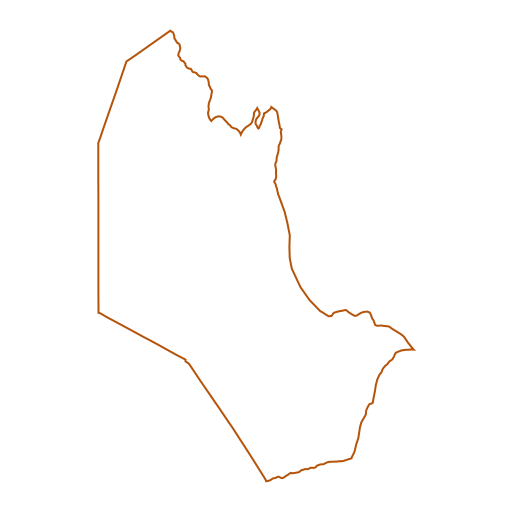 the district of Mandera West, North-Eastern, Kenya
{"feature_id": "3690345B48276245407304", "entity_name": "Mandera West", "entity_type": "district", "adm_level": 2, "iso_a3": "KEN", "parent_name": "Kenya", "parent_adm1": "North-Eastern", "projection": "equal_earth", "projection_center": [40.274, 3.456], "detail": "fine", "context": "isolated", "style": "outline", "palette": "amber", "viewbox_px": 512, "rotation_deg": 0, "n_neighbors": 0, "source": "geoboundaries", "source_scale": "gbopen_adm2", "svg_char_len": 6023}
<svg xmlns="http://www.w3.org/2000/svg" viewBox="0 0 512 512"><path d="M170.3,30.7L135.2,55.5L128.9,59.8L126.4,61.5L117.1,89.0L109.2,111.6L103.5,128.0L100.3,137.5L98.3,143.0L98.3,161.9L98.3,176.2L98.3,180.9L98.4,199.5L98.4,235.2L98.4,245.9L98.4,253.1L98.4,264.1L98.4,273.2L98.4,292.4L98.5,308.6L98.5,311.1L98.5,312.8L98.9,312.8L99.3,312.9L101.0,313.7L106.2,316.8L119.3,323.8L130.8,330.0L143.8,337.1L154.8,342.9L166.2,349.2L177.0,355.2L178.2,355.8L185.5,359.6L185.5,361.4L189.0,363.8L194.3,371.7L200.7,381.3L207.8,391.6L213.4,399.8L220.0,409.3L221.3,411.3L226.8,419.4L233.3,428.9L238.8,437.5L245.1,447.2L250.0,454.8L256.3,464.8L264.1,477.2L265.9,480.3L266.2,481.3L267.8,481.0L269.3,480.6L270.8,479.9L272.2,478.9L273.1,478.3L274.6,478.2L275.8,477.8L277.3,477.0L277.6,476.9L278.5,476.7L279.3,477.0L279.6,477.1L280.1,477.4L280.6,477.6L280.9,477.8L281.8,478.1L282.6,478.1L283.8,477.5L285.2,476.5L286.1,475.9L286.8,475.4L287.9,474.8L289.1,473.9L289.8,473.5L290.5,473.0L291.4,472.9L292.6,473.3L293.7,473.1L294.5,473.0L296.1,472.7L297.1,472.5L298.5,472.3L299.3,471.9L299.9,471.4L300.5,470.9L301.5,470.2L302.1,469.9L302.9,469.9L303.6,469.7L304.7,469.1L306.0,469.1L307.6,469.1L308.6,468.9L309.8,468.1L310.5,467.8L312.9,467.8L313.2,467.8L313.7,467.9L314.4,467.8L315.4,467.4L316.1,466.8L316.8,465.7L318.3,465.2L319.2,464.8L320.1,464.5L320.8,464.4L322.0,464.3L323.0,464.3L323.5,464.2L323.9,464.0L324.5,463.7L324.8,463.5L325.9,463.0L327.2,462.3L328.2,462.1L329.4,461.8L333.3,461.7L335.7,461.6L338.0,461.5L338.7,461.3L339.1,461.2L339.8,461.2L341.5,461.2L342.9,461.1L343.7,460.9L344.3,460.7L344.8,460.5L345.5,460.2L345.9,460.1L347.4,459.6L348.9,459.1L350.0,458.8L351.5,458.4L351.7,457.4L353.7,453.5L354.6,451.3L356.2,444.5L358.3,438.2L359.4,431.1L359.9,427.5L361.4,422.2L362.1,421.1L363.0,419.5L364.0,417.7L364.6,416.7L365.3,415.5L365.8,414.3L366.0,412.8L366.1,411.2L366.4,409.9L366.9,408.9L367.5,407.5L368.4,405.8L369.1,404.5L370.1,403.8L371.4,403.6L372.3,403.2L373.0,402.0L373.1,400.5L373.5,398.5L373.8,396.8L374.5,393.4L375.0,390.7L375.4,387.9L375.9,384.7L376.6,382.2L377.3,379.4L378.1,377.8L378.8,376.2L379.4,374.9L379.6,374.5L380.0,374.0L380.5,373.4L381.0,372.9L381.3,372.5L381.9,371.3L382.4,369.6L383.5,367.9L384.3,367.0L385.2,365.8L386.7,364.8L387.8,363.7L388.4,362.6L389.1,361.7L390.1,360.9L391.4,360.1L392.5,359.2L393.3,357.7L394.0,356.7L394.6,354.7L395.6,353.0L396.9,352.2L399.2,351.3L401.6,350.4L403.5,350.1L405.9,349.8L408.2,349.8L410.5,349.5L412.3,349.5L413.7,349.6L412.1,347.9L408.1,342.8L403.8,336.5L400.9,334.2L392.3,328.9L389.0,326.5L385.7,326.1L381.0,325.5L377.3,325.8L375.3,325.1L373.4,320.1L372.5,318.9L371.7,317.2L371.0,315.0L369.8,312.6L367.7,311.7L365.6,311.7L363.7,312.0L361.4,312.7L359.2,313.9L357.4,315.2L357.1,315.4L354.7,315.9L351.4,314.0L348.6,312.2L346.6,310.4L345.6,310.0L344.5,310.2L342.5,310.7L340.1,311.1L337.4,311.7L334.7,312.5L333.5,313.1L332.5,314.6L331.6,315.9L330.1,316.2L328.6,316.2L326.6,315.1L324.4,313.6L322.3,312.2L320.3,311.2L309.5,300.0L301.4,288.5L300.6,287.4L291.8,268.7L290.2,260.5L289.7,257.6L289.4,247.0L289.8,235.4L287.3,222.7L284.7,212.0L278.7,195.5L278.1,194.4L278.0,193.8L277.9,193.2L277.4,190.9L276.9,188.5L276.0,186.1L275.7,184.5L275.5,184.0L275.3,183.5L274.5,182.4L274.3,182.1L274.4,180.7L275.1,180.2L275.9,178.4L276.0,177.7L276.2,176.4L276.2,175.8L276.2,175.2L276.0,173.8L276.0,173.4L276.0,172.9L276.0,172.0L276.0,171.6L276.1,171.2L276.1,170.3L276.0,169.0L275.7,167.6L275.3,165.8L275.3,165.1L275.3,164.5L275.4,163.6L275.5,163.2L275.7,162.8L276.2,161.7L276.5,161.1L276.5,160.5L276.6,159.3L276.7,157.7L277.0,156.4L277.9,153.3L278.1,152.7L278.2,152.1L278.5,150.7L278.6,150.1L278.6,149.6L278.6,148.4L278.6,146.5L278.9,145.5L279.1,145.0L279.3,144.6L279.9,143.6L280.3,142.0L281.0,140.5L281.4,139.0L281.4,137.5L281.3,135.5L281.0,133.4L280.8,132.0L280.9,131.4L281.1,130.8L281.6,129.3L281.3,129.0L280.7,128.7L280.2,128.3L280.0,128.0L279.7,127.0L279.6,125.5L279.4,124.2L278.9,122.5L278.5,120.0L278.2,118.1L277.9,116.2L277.6,114.5L277.3,112.6L276.6,111.1L275.3,109.9L274.9,109.6L274.5,109.3L273.4,108.6L271.3,107.0L271.0,108.2L269.6,109.8L268.8,110.2L268.2,110.8L267.4,111.4L266.7,112.1L266.1,112.3L265.4,112.9L264.5,113.0L263.9,113.6L263.8,115.9L262.5,118.6L262.2,119.9L261.2,122.6L261.0,123.7L260.2,125.1L259.6,125.9L259.4,127.0L259.1,127.9L258.5,128.5L257.9,128.0L257.6,127.5L257.3,127.0L256.7,125.6L255.7,124.1L255.5,122.5L255.8,120.3L256.4,119.0L257.9,117.1L259.4,115.2L259.6,113.0L258.9,111.1L257.9,109.5L257.2,108.1L256.6,109.1L255.9,110.2L254.7,111.6L253.9,113.1L253.9,115.1L253.7,116.8L253.2,118.2L252.2,121.6L251.2,123.5L249.1,125.2L246.0,127.2L244.1,129.1L242.2,131.7L241.4,133.3L240.8,134.6L240.1,132.8L239.2,131.5L238.1,130.4L237.1,129.4L235.8,128.7L234.4,128.4L232.5,127.7L231.5,127.2L230.3,125.6L229.4,124.7L228.2,124.0L227.2,122.5L224.4,119.7L222.8,117.7L221.2,116.8L219.4,116.4L217.6,116.5L215.7,117.1L214.7,117.8L213.7,118.6L212.8,119.2L212.1,120.2L211.3,121.0L210.5,120.2L209.5,118.6L208.8,116.8L208.1,114.0L208.1,112.2L208.6,110.7L208.8,109.6L208.7,108.1L208.5,106.1L208.7,104.7L208.9,102.9L209.5,101.5L210.3,99.4L211.0,97.1L211.3,95.4L211.5,93.7L211.8,92.5L212.0,90.5L210.9,89.2L210.2,87.6L209.8,86.6L208.9,85.2L208.8,83.6L208.7,82.0L208.3,80.7L208.1,79.5L207.0,77.9L205.9,77.0L204.6,76.2L203.6,76.5L202.1,76.4L201.4,76.3L200.3,76.5L199.4,76.1L198.5,75.4L197.2,74.2L196.3,72.9L195.3,72.6L194.6,72.4L194.1,72.3L193.6,72.3L193.3,72.2L192.5,71.7L191.8,70.5L191.6,70.0L191.3,69.5L190.7,68.8L189.1,68.7L188.0,68.1L187.0,67.6L186.5,67.0L186.1,66.2L185.4,65.2L185.4,64.4L185.4,63.6L184.8,63.0L184.1,62.2L183.6,61.4L182.9,61.1L182.2,60.8L181.5,60.5L181.2,60.4L180.8,59.9L180.4,59.3L180.3,58.9L180.0,57.7L178.9,56.4L178.2,55.0L178.7,53.2L178.8,52.9L178.9,52.5L179.5,51.3L180.1,49.4L180.3,48.0L180.0,46.7L179.8,45.4L179.3,44.2L178.5,43.3L177.5,43.1L176.8,42.2L176.5,41.7L176.2,41.3L175.7,40.4L175.3,39.5L174.5,38.6L174.4,37.7L174.3,37.1L174.3,36.5L174.0,35.5L173.9,34.9L173.5,33.5L173.0,32.5L172.0,31.8L170.8,31.3L170.3,30.7Z" fill="none" stroke="#b45309" stroke-width="2"/></svg>